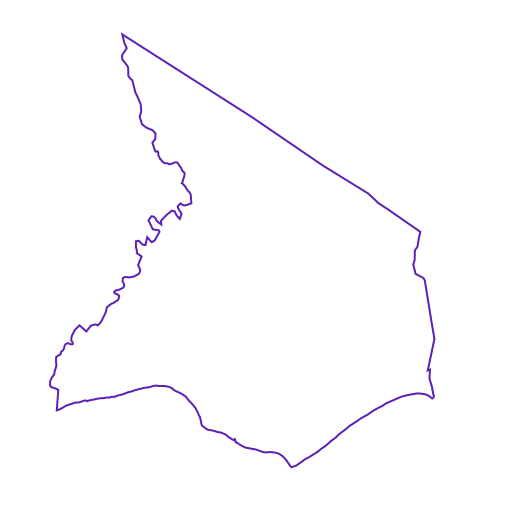 the district of North Guadalcanal, Guadalcanal, Solomon Islands, rotated 186°
{"feature_id": "97153195B68303818667914", "entity_name": "North Guadalcanal", "entity_type": "district", "adm_level": 2, "iso_a3": "SLB", "parent_name": "Solomon Islands", "parent_adm1": "Guadalcanal", "projection": "equal_earth", "projection_center": [160.207, -9.472], "detail": "fine", "context": "isolated", "style": "outline", "palette": "violet", "viewbox_px": 512, "rotation_deg": 186, "n_neighbors": 0, "source": "geoboundaries", "source_scale": "gbopen_adm2", "svg_char_len": 4715}
<svg xmlns="http://www.w3.org/2000/svg" viewBox="0 0 512 512"><g transform="rotate(186 256 256)"><path d="M438.0,81.6L436.9,82.1L434.8,83.3L432.5,84.8L430.5,86.4L428.4,87.7L422.6,90.3L421.1,91.1L416.4,92.0L411.6,94.3L410.0,94.5L408.8,94.0L407.3,94.7L403.5,96.0L402.4,96.2L399.5,97.3L395.6,98.3L393.3,98.6L390.1,99.5L386.9,100.0L384.5,100.9L381.8,101.1L381.1,101.4L380.6,102.0L378.9,102.8L377.6,103.2L374.1,104.5L368.8,107.2L365.8,108.2L361.4,110.3L360.3,110.5L358.0,111.7L357.1,111.8L352.5,113.5L351.9,113.5L350.3,114.0L349.2,114.1L343.8,116.3L340.9,116.7L338.8,116.6L332.8,117.1L329.4,116.9L325.8,115.8L324.7,115.0L324.5,114.6L320.7,112.8L320.1,112.9L318.8,112.3L315.1,111.0L311.1,108.8L309.8,107.3L307.2,104.8L304.8,103.0L304.3,102.3L302.6,100.8L300.1,98.3L298.2,95.2L297.4,94.1L296.4,92.0L294.7,89.6L294.3,88.0L293.5,86.2L292.9,83.8L292.2,82.1L291.9,81.7L287.3,78.8L285.7,78.2L283.3,78.0L280.8,77.9L275.5,76.9L272.6,76.8L267.5,75.3L266.4,74.6L264.8,73.2L263.0,72.5L262.6,72.1L261.8,71.9L260.8,71.2L259.9,70.9L258.6,71.0L257.9,71.7L257.7,71.3L258.2,70.4L257.3,70.1L256.7,69.4L256.7,68.6L254.8,68.0L251.5,66.3L246.5,64.3L243.8,64.2L238.7,63.7L238.3,63.8L237.1,63.7L235.0,63.4L229.3,61.9L227.2,61.7L225.3,61.7L223.8,62.1L220.5,62.6L216.7,62.5L213.3,62.0L211.7,61.4L208.8,59.8L206.7,58.2L204.3,55.9L203.0,54.3L200.0,50.7L198.3,49.6L197.5,50.1L193.9,51.9L191.1,54.4L188.8,56.3L186.9,58.2L184.9,59.7L182.9,60.9L174.3,67.7L170.4,71.6L169.1,72.5L166.3,75.2L163.7,77.9L162.3,79.6L157.9,83.6L157.0,84.6L155.5,86.7L147.4,94.3L146.0,96.0L144.7,97.2L144.3,97.8L143.5,98.1L140.3,100.8L139.3,101.4L137.9,102.7L134.7,105.5L128.5,109.8L123.1,114.5L117.2,118.6L115.4,119.6L111.3,123.0L98.8,130.1L95.5,131.8L92.5,132.8L91.0,133.5L89.1,133.9L87.3,134.7L85.6,134.9L82.8,135.8L80.6,136.3L75.1,136.3L72.4,136.0L69.4,134.9L65.9,132.7L65.7,132.7L64.9,133.5L64.4,134.9L65.0,136.7L65.8,138.1L65.6,138.9L66.0,140.0L66.8,141.5L66.7,142.6L70.7,152.4L71.1,161.2L73.2,160.0L69.9,192.0L71.5,197.9L74.6,209.0L85.6,249.4L87.2,251.6L95.5,255.0L98.7,264.0L97.8,268.7L98.6,278.0L96.4,282.2L95.9,290.8L95.1,297.2L122.8,312.4L128.8,315.7L140.6,321.8L140.8,322.2L150.8,329.8L197.4,352.2L199.6,353.3L233.4,371.5L262.0,386.9L269.7,391.1L275.8,394.3L408.2,460.4L412.1,462.4L409.3,454.3L406.3,449.1L410.2,441.6L409.5,437.5L403.6,431.4L402.8,429.6L401.8,421.9L400.0,419.7L397.4,417.8L393.0,406.0L390.1,401.3L386.7,395.2L385.6,390.2L385.3,387.7L386.2,382.3L383.1,375.1L378.5,372.2L372.1,370.3L368.7,367.4L368.4,361.9L370.9,357.9L367.6,350.5L366.7,349.3L366.2,349.4L365.8,349.8L364.8,349.8L364.0,348.5L363.9,347.8L363.6,346.0L363.5,345.5L362.7,344.6L361.6,342.5L360.5,342.0L359.8,340.8L357.0,338.8L355.9,338.9L354.2,338.9L352.8,338.7L351.9,338.1L349.9,338.8L348.3,339.5L347.7,340.0L346.3,340.6L344.3,340.8L342.7,339.4L342.1,338.3L340.1,336.3L338.1,333.0L337.3,332.2L336.4,331.8L335.9,331.2L335.6,330.5L335.6,329.3L335.8,327.1L336.4,325.0L336.6,322.8L337.1,321.4L337.5,320.7L336.2,320.0L334.7,318.6L333.9,318.2L333.1,317.0L333.0,316.6L330.9,314.1L328.7,312.3L327.4,310.3L327.1,309.1L325.8,301.5L327.4,301.1L329.2,299.8L330.4,299.5L332.4,298.8L334.1,299.0L336.5,300.4L337.8,298.9L339.0,297.1L338.6,295.7L334.4,290.0L335.7,284.9L339.1,288.0L341.8,292.1L344.5,292.2L348.9,287.9L354.2,281.0L353.5,277.4L358.3,280.3L359.7,282.8L361.6,284.4L364.1,284.6L366.6,280.3L361.4,271.7L355.4,271.4L354.5,270.0L358.3,261.0L361.2,258.8L366.1,263.3L367.1,255.3L370.1,255.5L374.1,258.9L376.9,258.1L376.3,252.0L375.3,249.9L374.7,246.3L369.7,243.6L372.3,234.8L371.7,233.6L370.7,232.0L369.8,230.2L369.7,228.6L370.3,226.8L371.0,225.7L371.9,225.0L372.8,224.7L373.5,224.0L374.6,223.2L376.1,222.5L378.3,221.9L379.4,221.5L380.8,221.4L381.8,221.5L383.7,221.4L384.6,221.3L385.7,220.4L386.1,219.6L386.1,217.4L385.9,216.6L384.6,214.6L384.1,213.5L384.0,212.5L384.5,211.0L385.1,210.3L386.1,209.7L389.7,207.6L390.9,207.5L392.6,206.5L393.1,205.9L393.3,205.0L392.2,204.0L391.2,203.7L389.8,203.4L388.1,202.2L387.8,201.1L388.0,200.6L388.4,198.4L388.9,197.5L390.6,196.4L392.4,194.7L394.9,193.3L397.1,191.3L398.8,189.5L399.2,188.0L399.3,185.8L399.8,183.4L400.3,182.2L401.5,178.9L402.1,177.6L402.4,176.3L402.7,175.4L403.4,174.4L404.3,172.7L406.0,170.5L408.5,171.2L412.8,169.6L416.9,163.2L424.2,168.6L428.4,163.7L429.3,161.2L430.6,157.9L431.0,156.2L431.0,154.5L430.9,153.0L430.5,152.2L429.3,150.7L429.0,149.5L429.2,149.0L430.2,148.8L431.5,148.9L433.0,149.5L434.2,149.6L434.9,149.3L436.2,148.3L436.9,147.1L437.4,143.7L437.9,142.5L438.8,141.2L439.7,140.6L440.0,139.4L439.9,138.1L444.1,134.9L444.1,131.6L443.1,126.5L443.2,124.9L444.1,120.5L444.4,116.7L446.1,114.3L447.2,111.6L447.6,109.1L447.3,105.9L446.1,104.3L441.9,103.4L438.6,102.2L438.0,81.6Z" fill="none" stroke="#5b21b6" stroke-width="2"/></g></svg>